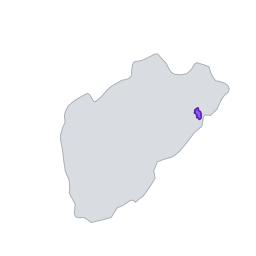 location of Khar, Pemagatsel, Bhutan, rotated 314°
{"feature_id": "84629894B26310020901724", "entity_name": "Khar", "entity_type": "district", "adm_level": 2, "iso_a3": "BTN", "parent_name": "Bhutan", "parent_adm1": "Pemagatsel", "projection": "natural_earth1", "projection_center": [91.394, 26.945], "detail": "fine", "context": "in_parent", "style": "filled", "palette": "violet", "viewbox_px": 256, "rotation_deg": 314, "n_neighbors": 0, "source": "geoboundaries", "source_scale": "gbopen_adm2", "svg_char_len": 3228}
<svg xmlns="http://www.w3.org/2000/svg" viewBox="0 0 256 256"><g transform="rotate(314 128 128)"><path d="M201.2,109.6L200.9,111.3L199.2,115.6L198.1,120.4L199.0,124.3L202.8,128.9L207.9,132.6L214.4,132.9L220.3,131.5L222.7,132.1L226.0,138.3L228.3,143.6L225.2,149.2L223.5,154.0L222.9,157.4L223.2,158.9L225.2,161.7L227.4,166.5L227.7,170.8L226.3,173.7L223.2,175.2L220.0,174.7L217.3,174.8L213.9,175.3L208.6,176.9L203.6,179.0L194.4,178.6L190.7,174.3L188.9,174.3L180.5,179.9L171.3,178.9L154.6,180.8L147.7,181.2L140.5,180.6L136.9,179.4L130.2,175.5L124.0,172.6L117.8,175.2L115.6,175.7L110.6,182.4L99.8,184.7L89.1,186.3L85.9,185.4L79.8,185.0L79.6,183.4L79.8,181.9L78.4,180.7L75.9,179.4L71.7,178.9L66.3,177.2L63.2,175.6L52.1,178.0L45.7,174.4L38.4,169.6L34.7,167.5L33.4,159.9L32.2,157.5L29.3,155.0L27.7,152.0L29.0,148.9L36.3,143.1L36.9,141.8L40.3,131.1L45.0,127.2L49.7,121.8L53.2,113.2L60.0,104.3L67.4,95.3L72.5,87.9L75.9,84.5L82.8,80.8L88.6,78.6L92.6,73.7L97.5,71.0L102.5,69.7L109.9,70.4L116.8,72.1L124.4,74.6L125.3,76.6L124.6,80.1L123.5,83.6L123.5,85.4L124.7,86.4L132.1,87.1L141.3,86.6L146.4,87.1L157.8,90.3L161.1,92.6L164.6,94.4L168.0,94.1L172.4,90.3L176.9,87.1L179.7,86.6L181.7,87.6L185.4,90.7L192.9,93.6L199.6,95.8L201.8,97.8L201.1,106.7L201.2,109.6Z" fill="#d9dde1" stroke="#a8b0b8" stroke-width="1"/><path d="M187.4,172.3L187.4,172.2L187.5,172.2L187.7,171.9L187.8,171.9L187.8,171.7L187.9,171.4L188.0,171.3L188.1,171.2L188.3,171.1L188.5,171.1L188.8,171.0L189.0,171.0L189.0,170.9L189.2,170.7L189.3,170.5L189.4,170.3L189.4,170.2L189.4,169.9L189.5,169.8L189.5,169.7L189.7,169.4L189.8,169.3L189.9,169.2L190.0,169.1L190.1,168.9L190.1,168.7L190.1,168.4L189.9,168.2L189.7,168.0L189.7,167.9L189.8,167.8L189.8,167.7L189.7,167.4L189.6,167.2L189.7,166.9L189.8,166.8L189.7,166.6L189.7,166.4L189.8,166.4L189.8,166.2L190.0,166.1L190.1,165.8L190.2,165.7L190.3,165.5L190.4,165.4L190.5,165.3L190.7,165.2L190.8,165.2L191.0,165.1L191.0,164.9L191.1,164.7L191.0,164.4L191.0,164.2L190.9,164.1L190.5,164.1L190.4,164.1L190.2,164.1L189.9,164.0L189.9,163.8L189.7,163.8L189.4,163.8L189.2,163.8L188.9,163.9L188.7,163.9L188.4,163.8L188.3,163.7L188.2,163.7L187.9,163.6L187.7,163.4L187.5,163.5L187.4,163.5L187.2,163.6L187.2,163.8L187.2,164.0L187.1,164.3L186.9,164.4L186.8,164.5L186.8,164.4L186.7,164.4L186.4,164.4L186.3,164.5L186.2,164.6L186.2,164.8L186.1,165.0L185.9,165.0L185.6,165.0L185.4,165.0L185.2,165.1L184.9,165.3L184.9,165.5L185.0,165.6L185.2,165.8L185.2,166.0L185.3,166.1L185.3,166.3L185.3,166.5L185.3,166.8L185.3,167.0L185.2,167.1L185.2,167.3L185.1,167.5L185.1,167.8L185.0,168.0L185.2,168.4L185.2,168.5L185.2,168.8L185.1,169.0L184.9,169.0L184.7,169.1L184.4,169.1L184.3,169.4L184.1,169.5L183.9,169.6L183.7,169.7L183.5,169.8L183.4,169.8L183.3,170.0L183.3,170.3L183.3,170.5L183.5,170.8L183.7,171.0L183.8,171.0L184.0,171.2L184.0,171.3L184.1,171.5L184.2,171.8L184.2,172.0L184.1,172.3L183.9,172.4L183.7,172.5L183.6,172.8L183.6,173.0L183.6,173.3L183.8,173.5L184.0,173.6L184.3,173.6L184.5,173.7L184.9,173.7L185.0,173.7L185.2,173.8L185.3,173.8L185.4,173.7L185.6,173.7L185.8,173.7L186.0,173.6L186.3,173.4L186.5,173.2L186.8,173.1L186.9,172.9L187.0,172.8L187.1,172.7L187.2,172.4L187.3,172.4L187.4,172.3Z" fill="#8b5cf6" stroke="#5b21b6" stroke-width="1.5"/></g></svg>